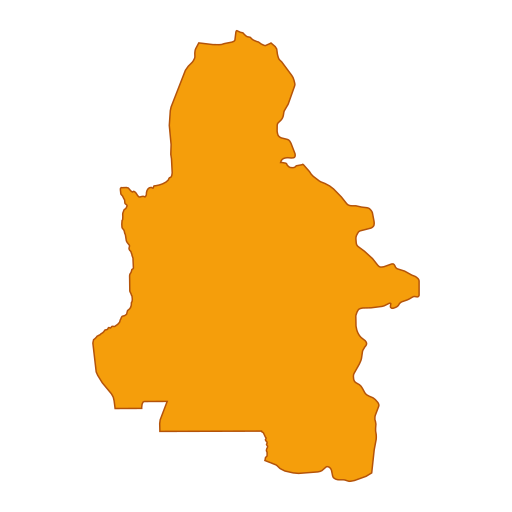 map outline of Kasaï-Occidental (orthographic projection)
{"feature_id": "COD-1872", "entity_name": "Kasaï-Occidental", "entity_type": "Province", "adm_level": 1, "iso_a3": "COD", "parent_name": "Democratic Republic of the Congo", "parent_adm1": "", "projection": "orthographic", "projection_center": [21.465, -5.12], "detail": "fine", "context": "isolated", "style": "filled", "palette": "amber", "viewbox_px": 512, "rotation_deg": 0, "n_neighbors": 0, "source": "natural_earth", "source_scale": "10m", "svg_char_len": 6055}
<svg xmlns="http://www.w3.org/2000/svg" viewBox="0 0 512 512"><path d="M159.9,431.4L159.7,423.6L160.2,419.8L167.2,401.4L144.6,401.5L143.7,401.7L143.0,402.2L142.4,403.4L142.0,404.6L141.7,407.3L141.7,408.4L115.1,408.5L114.1,400.7L113.3,397.3L112.6,395.9L111.4,393.8L102.3,382.8L97.7,375.3L96.2,371.9L92.9,343.4L93.0,342.3L93.6,339.7L94.9,338.7L96.3,337.3L97.0,336.3L99.2,335.1L100.0,334.8L101.1,333.7L102.5,332.9L103.6,331.9L105.0,330.0L106.9,329.6L107.6,329.2L108.5,327.6L109.3,327.6L110.4,328.0L110.9,327.6L111.8,326.5L112.5,326.3L114.3,326.5L114.7,326.4L115.1,326.2L116.3,325.3L117.8,324.3L118.3,323.6L119.3,322.6L119.6,322.2L120.4,319.6L120.8,319.0L121.4,317.4L122.1,316.4L122.5,316.2L124.7,315.6L126.0,314.7L126.6,314.2L127.5,310.7L128.1,310.1L129.0,309.4L129.9,308.5L130.7,307.1L131.3,305.2L131.4,302.7L132.1,301.4L132.2,300.6L132.3,299.0L132.0,296.1L131.4,295.0L131.0,293.7L130.1,291.9L129.8,291.0L129.6,275.7L129.9,274.2L131.1,272.3L131.9,269.5L133.0,268.8L133.3,268.4L133.4,268.0L133.0,258.8L133.0,258.2L132.0,255.3L131.9,254.4L131.4,253.2L131.0,251.9L130.6,251.2L129.8,250.4L129.2,249.4L129.0,248.3L129.3,247.0L129.5,246.2L129.5,245.7L129.4,245.3L127.2,242.5L126.6,241.4L126.3,240.6L125.4,234.8L124.7,233.2L124.2,230.9L123.9,230.2L123.4,229.5L122.4,228.3L122.0,227.3L121.8,224.3L122.0,221.2L122.0,220.7L122.4,220.1L122.7,219.2L122.8,216.4L122.7,214.7L122.8,213.2L124.0,210.0L124.3,209.5L125.5,208.8L125.9,208.4L127.0,206.2L127.1,205.7L126.5,204.7L125.3,203.8L125.0,203.4L124.8,202.3L124.6,200.0L123.6,198.2L122.5,195.9L121.2,194.5L120.9,194.0L120.8,193.4L120.4,190.0L120.4,188.8L120.5,188.4L121.2,187.6L122.1,187.7L126.3,187.5L128.3,188.0L130.8,190.9L132.4,192.0L133.8,191.3L135.4,192.3L136.2,193.3L137.7,195.7L139.0,196.9L140.0,197.0L141.2,196.6L143.0,196.3L144.1,196.5L144.7,196.9L145.2,196.8L146.0,195.7L146.3,194.9L146.5,192.4L147.0,190.6L147.9,189.0L149.3,187.8L151.2,187.4L152.6,188.1L153.2,188.0L153.4,187.6L153.7,186.2L154.7,185.8L155.9,185.7L159.2,185.0L162.7,183.8L165.9,182.1L168.2,180.1L169.0,178.4L169.5,177.7L170.6,177.4L170.9,177.1L171.7,175.8L172.0,174.2L172.2,172.8L171.5,158.9L170.8,154.3L171.1,144.6L169.3,125.4L170.3,110.7L171.1,107.0L185.4,70.3L188.3,66.2L192.3,62.2L193.3,60.8L194.3,58.9L194.8,57.6L194.9,56.4L194.8,53.2L195.0,51.4L195.2,50.1L195.7,48.7L198.8,42.9L212.9,44.6L219.0,44.7L221.5,44.5L224.3,43.6L231.9,42.1L233.9,41.3L234.9,40.2L235.9,32.0L236.3,31.0L236.6,30.7L237.0,30.7L240.4,32.3L242.3,32.7L243.1,33.0L244.4,34.5L246.2,36.1L246.9,36.5L247.3,36.7L250.1,37.3L250.5,37.5L251.5,38.7L253.4,40.1L256.9,41.6L258.2,41.9L258.9,42.3L261.2,44.0L264.2,45.4L265.4,45.6L270.1,43.5L271.0,43.0L275.2,46.6L276.7,49.0L277.4,54.1L277.9,56.2L278.6,58.3L279.2,59.4L279.9,60.2L281.7,61.9L291.8,75.5L293.1,77.7L294.0,80.3L294.7,83.1L294.9,84.4L294.7,85.7L288.2,104.1L284.3,110.8L283.9,111.9L283.4,115.1L283.1,116.4L282.6,117.7L282.0,118.8L281.1,120.0L278.2,122.8L277.6,123.6L277.2,125.1L277.1,131.2L277.5,133.4L278.0,135.1L278.5,135.9L279.6,137.0L281.3,137.9L287.0,139.3L288.1,139.7L289.0,140.3L289.8,141.2L291.0,143.3L295.0,153.7L295.2,155.2L295.0,156.5L294.4,157.4L293.4,157.8L291.3,158.0L288.1,157.7L287.1,157.7L285.2,158.0L284.1,158.3L283.1,158.8L282.2,159.4L281.5,160.3L281.0,161.2L280.6,162.5L282.0,162.5L285.8,163.2L286.6,163.8L287.0,164.8L287.9,165.9L288.9,166.8L289.9,167.4L291.2,167.6L293.0,167.7L294.7,167.3L296.3,165.8L302.1,164.7L302.8,164.3L303.6,164.9L309.4,171.5L311.2,174.2L313.2,176.3L319.2,180.9L320.7,181.8L325.0,183.5L329.7,186.0L333.6,189.0L341.4,197.0L346.7,203.7L347.7,204.6L348.5,205.1L350.0,205.6L352.0,205.8L355.8,205.8L361.7,207.1L366.9,207.7L368.1,208.0L369.4,208.6L371.1,210.4L371.9,211.6L372.4,212.8L374.0,221.2L374.2,223.1L374.0,225.1L373.6,226.0L372.8,226.9L371.9,227.6L370.9,228.1L360.0,230.9L358.7,231.7L358.1,232.5L356.6,235.2L356.0,237.0L355.9,238.9L356.2,242.7L356.5,244.3L357.0,245.3L357.9,246.4L364.4,251.2L372.6,258.7L377.7,265.2L378.8,266.3L379.9,266.9L380.9,267.1L382.9,266.9L384.0,266.7L391.5,264.0L392.5,263.9L393.4,264.0L394.2,264.7L394.9,265.8L395.5,267.2L396.3,268.1L397.3,268.8L404.6,271.1L411.8,275.1L415.1,276.4L416.4,277.2L418.1,278.7L418.8,279.8L419.1,281.0L419.1,295.2L418.8,296.0L418.1,296.7L417.3,296.9L414.5,296.5L413.6,296.6L412.6,297.0L409.4,298.9L407.3,299.9L401.8,301.8L400.9,302.3L400.1,303.0L399.5,303.5L398.5,305.2L397.7,306.1L396.9,306.7L395.8,307.3L393.7,308.1L392.7,308.3L391.6,308.2L390.6,307.4L390.4,306.4L390.7,304.4L390.8,303.6L390.2,303.2L389.4,303.2L384.2,305.8L382.1,306.4L371.1,307.8L362.8,308.0L360.8,308.4L359.4,308.9L358.7,309.4L358.1,310.1L357.0,312.1L356.0,315.0L355.8,316.0L356.0,326.1L356.8,330.1L357.7,332.5L358.7,334.4L359.7,335.9L361.1,337.5L365.2,340.7L366.3,342.3L366.6,343.5L366.4,344.7L365.7,345.9L364.7,347.1L362.9,350.2L362.5,351.4L361.5,358.3L360.9,360.5L359.3,364.1L353.9,373.7L353.5,375.0L353.4,376.4L353.6,378.7L353.9,380.1L354.5,381.3L355.2,382.1L356.1,382.8L359.4,384.7L361.0,386.2L362.4,388.3L364.6,392.4L365.3,393.4L366.1,394.3L367.0,395.0L369.2,396.2L372.3,397.5L373.3,398.0L375.3,399.6L377.6,402.2L378.1,402.9L378.7,404.2L378.9,405.2L378.7,406.3L375.3,415.3L375.0,416.4L374.9,417.8L374.9,419.6L375.5,421.6L375.9,424.2L375.6,428.3L375.6,431.0L376.2,434.6L376.3,437.0L376.2,439.2L374.2,449.8L371.7,472.9L366.1,476.3L354.5,480.5L350.8,481.2L349.1,481.3L347.6,480.9L344.9,480.0L343.4,479.8L339.1,479.8L337.7,479.7L336.6,479.4L335.6,479.1L334.6,478.5L333.6,477.8L333.2,477.3L332.6,475.8L331.5,470.4L331.1,469.4L330.5,468.4L329.6,467.5L328.4,466.8L327.2,466.6L326.5,466.7L325.7,467.3L321.9,470.6L320.1,471.4L317.8,471.9L298.6,473.4L293.2,472.9L284.9,471.0L280.9,469.0L279.9,468.4L277.0,465.6L276.0,464.9L264.9,460.5L265.2,459.4L265.4,457.9L265.6,457.4L266.8,456.3L267.1,455.6L267.1,452.6L266.9,451.8L266.4,450.8L266.5,449.8L266.7,448.9L267.5,447.3L267.6,446.2L267.4,445.8L266.7,445.0L266.5,444.6L266.6,444.2L267.0,443.4L267.1,442.9L266.9,441.9L265.8,440.7L265.4,439.8L265.9,438.8L266.1,438.1L265.3,436.9L263.5,433.0L262.9,432.4L261.8,431.8L261.5,431.4L261.5,431.1L159.9,431.4Z" fill="#f59e0b" stroke="#b45309" stroke-width="1.5"/></svg>